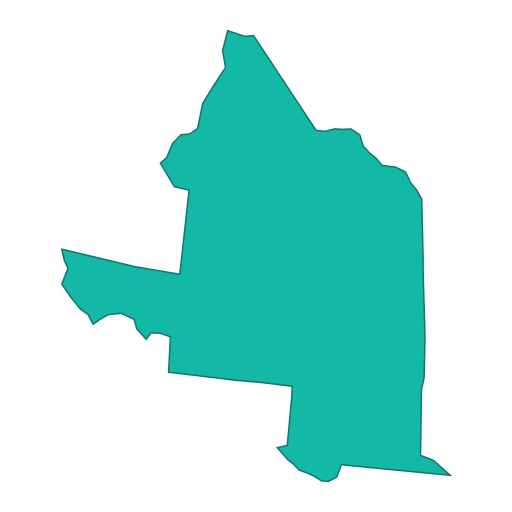 Santa Maria do Herval, Rio Grande do Sul, Brazil
{"feature_id": "56859067B89103119002015", "entity_name": "Santa Maria do Herval", "entity_type": "district", "adm_level": 2, "iso_a3": "BRA", "parent_name": "Brazil", "parent_adm1": "Rio Grande do Sul", "projection": "mercator", "projection_center": [-50.978, -29.471], "detail": "fine", "context": "isolated", "style": "filled", "palette": "teal", "viewbox_px": 512, "rotation_deg": 0, "n_neighbors": 0, "source": "geoboundaries", "source_scale": "gbopen_adm2", "svg_char_len": 1053}
<svg xmlns="http://www.w3.org/2000/svg" viewBox="0 0 512 512"><path d="M253.5,35.5L244.9,36.4L227.7,30.7L222.6,50.4L225.5,67.5L212.9,86.8L202.7,103.5L197.6,128.6L189.4,134.1L181.1,134.6L172.5,143.6L166.7,157.6L160.4,163.2L174.4,186.7L189.1,190.2L179.8,274.3L135.0,266.7L61.8,249.2L64.4,260.7L68.0,268.3L61.8,284.1L71.0,297.5L80.3,309.0L88.1,314.6L93.1,324.3L100.0,319.3L108.3,314.6L121.2,313.3L134.0,319.3L136.9,329.1L146.3,339.3L150.9,332.8L160.4,333.3L170.4,336.8L168.6,372.3L199.1,375.8L235.9,380.3L262.3,382.6L292.2,386.3L291.7,397.1L287.3,445.4L277.2,447.6L287.7,459.6L293.6,464.3L299.4,470.3L306.7,472.8L314.1,476.1L321.5,480.9L328.6,481.3L336.7,477.1L341.5,464.6L352.8,465.9L393.3,469.8L450.2,475.3L433.4,460.4L420.5,455.3L420.8,435.9L421.5,389.4L424.1,377.8L425.0,337.6L423.1,270.2L423.1,257.7L421.7,199.0L416.7,190.2L410.4,182.4L405.6,172.1L395.6,167.1L382.1,165.4L375.9,158.1L369.5,152.9L363.2,146.1L359.8,134.9L350.9,128.9L342.8,129.4L334.8,128.9L324.8,131.3L316.0,130.3L253.5,35.5Z" fill="#14b8a6" stroke="#0f766e" stroke-width="1.5"/></svg>